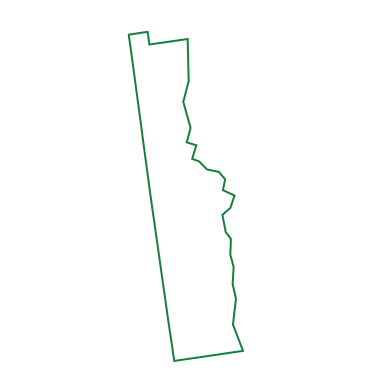 the district of Vermillion, Indiana, United States of America, rotated 352°
{"feature_id": "52423323B79800706132785", "entity_name": "Vermillion", "entity_type": "district", "adm_level": 2, "iso_a3": "USA", "parent_name": "United States of America", "parent_adm1": "Indiana", "projection": "equal_earth", "projection_center": [-87.462, 39.878], "detail": "fine", "context": "isolated", "style": "outline", "palette": "green", "viewbox_px": 384, "rotation_deg": 352, "n_neighbors": 0, "source": "geoboundaries", "source_scale": "gbopen_adm2", "svg_char_len": 722}
<svg xmlns="http://www.w3.org/2000/svg" viewBox="0 0 384 384"><g transform="rotate(352 192 192)"><path d="M220.4,356.4L214.1,329.0L220.7,303.7L219.4,288.9L222.8,272.1L221.2,259.5L224.0,243.8L219.8,236.3L218.9,218.9L227.8,213.1L233.6,201.4L222.9,194.5L226.6,184.1L221.5,175.9L209.9,171.7L203.3,162.7L196.8,159.2L202.8,146.4L193.7,142.1L199.5,128.3L195.9,101.5L204.1,81.8L209.0,39.9L170.3,40.0L170.3,27.2L151.3,27.4L151.3,27.5L151.2,29.7L151.3,36.6L150.9,110.4L150.9,110.5L150.9,117.4L150.9,118.8L150.8,125.1L150.7,131.0L150.7,132.7L150.7,135.1L150.4,188.6L150.5,232.6L150.5,236.9L150.5,241.5L150.5,250.4L150.6,321.7L150.7,333.1L150.8,333.1L150.9,356.8L220.4,356.4Z" fill="none" stroke="#15803d" stroke-width="2"/></g></svg>